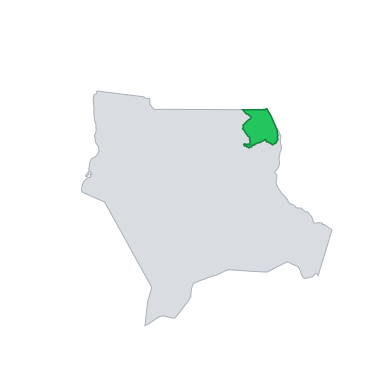 where Nyanza sits in Kenya, rotated 151°
{"feature_id": "KEN-1197", "entity_name": "Nyanza", "entity_type": "Province", "adm_level": 1, "iso_a3": "KEN", "parent_name": "Kenya", "parent_adm1": "", "projection": "albers", "projection_center": [34.762, -0.553], "detail": "fine", "context": "in_parent", "style": "filled", "palette": "green", "viewbox_px": 384, "rotation_deg": 151, "n_neighbors": 0, "source": "natural_earth", "source_scale": "10m", "svg_char_len": 5864}
<svg xmlns="http://www.w3.org/2000/svg" viewBox="0 0 384 384"><g transform="rotate(151 192 192)"><path d="M86.2,228.6L86.1,224.1L86.8,212.6L86.7,202.6L87.2,197.5L89.7,194.3L90.9,192.0L91.7,188.8L93.0,186.1L96.0,184.0L96.5,182.8L99.6,179.2L101.5,174.6L102.9,173.0L104.7,171.6L105.9,170.8L108.0,170.1L109.6,169.6L109.9,169.3L110.0,168.5L109.5,165.6L110.2,164.7L111.3,162.8L112.5,161.0L113.7,159.9L114.3,158.7L114.6,156.7L114.6,155.3L114.6,153.0L114.3,147.7L112.9,143.3L112.1,138.3L112.7,136.7L111.7,133.8L111.2,133.6L110.3,133.0L109.2,130.3L108.4,127.8L107.9,127.2L104.3,125.0L102.6,119.8L100.6,118.7L99.5,113.6L99.3,112.1L100.4,107.1L100.3,105.9L99.1,104.8L95.8,103.7L93.1,101.6L93.4,100.9L93.6,100.1L92.2,99.6L88.0,90.9L93.4,85.7L98.8,80.4L105.7,73.7L112.0,67.6L117.5,62.3L122.4,57.6L122.3,58.5L122.3,59.7L122.9,60.4L123.9,60.9L125.3,60.4L126.5,59.7L127.7,59.5L135.0,61.5L136.3,63.2L136.2,65.0L136.5,66.4L136.0,67.7L135.3,71.8L135.5,75.5L137.7,78.3L139.7,80.5L141.2,83.5L142.4,84.4L144.0,84.9L149.0,85.1L156.5,85.3L163.7,85.5L164.3,85.5L165.9,86.0L172.5,90.1L178.5,93.9L183.6,97.2L188.6,100.4L193.4,103.5L197.2,106.1L200.8,106.9L206.8,107.2L211.0,107.4L214.8,108.5L220.5,109.5L224.8,110.0L227.4,110.6L234.5,111.3L235.7,110.9L238.9,108.1L242.4,103.5L243.8,100.9L248.4,98.4L256.4,94.9L262.1,92.4L268.4,90.0L271.2,92.1L275.1,95.7L276.9,97.4L278.3,98.1L280.4,98.7L283.0,98.7L284.4,98.6L287.3,98.2L294.1,97.8L298.0,97.9L294.7,102.5L290.8,108.0L283.5,118.2L278.0,123.5L273.8,127.6L273.4,128.3L273.4,132.9L273.4,144.0L273.4,166.2L273.3,188.4L273.3,210.7L273.3,221.8L273.3,225.6L276.9,230.3L280.4,234.9L285.0,240.9L287.5,244.2L287.9,245.3L287.8,247.5L283.9,252.0L280.8,254.0L276.5,255.0L275.2,254.8L273.6,254.1L272.9,255.2L272.4,256.9L271.5,256.5L270.8,256.0L271.2,259.1L271.6,260.5L271.0,262.6L268.9,264.3L268.7,265.8L264.2,269.6L257.9,270.0L254.5,272.0L253.1,273.5L251.9,277.0L252.3,282.3L250.5,286.3L250.2,288.4L246.9,291.0L245.4,293.4L244.4,295.9L243.4,297.0L242.3,302.5L240.7,305.9L240.3,307.0L240.0,308.0L238.8,310.0L238.0,311.3L237.4,312.2L233.6,320.8L230.5,324.7L228.2,324.2L226.6,325.7L226.4,326.4L225.6,326.0L223.6,324.6L219.6,321.6L215.6,318.7L211.5,315.8L207.5,312.8L203.5,309.9L199.4,307.0L195.4,304.0L191.3,301.1L189.0,299.4L187.9,298.4L187.1,296.3L186.7,295.8L185.6,295.2L184.4,295.1L184.0,294.7L184.0,293.7L184.5,292.3L186.0,289.6L186.1,288.0L185.8,286.2L185.4,283.4L185.0,282.7L182.3,281.2L176.7,278.1L171.1,274.9L165.4,271.7L159.8,268.6L154.2,265.4L148.6,262.3L142.9,259.1L137.3,256.0L131.7,252.8L126.1,249.7L120.4,246.5L114.8,243.4L109.2,240.2L103.5,237.1L97.9,233.9L92.3,230.8L90.1,229.6L88.2,228.6L86.2,228.6ZM273.5,259.6L272.5,259.8L273.0,258.3L276.0,256.4L277.1,256.9L277.4,257.3L277.3,257.7L276.8,258.1L273.5,259.6Z" fill="#d9dde1" stroke="#a8b0b8" stroke-width="1"/><path d="M107.8,239.4L103.5,237.0L97.8,233.9L92.1,230.7L90.2,229.6L89.2,229.5L88.8,229.3L88.8,228.6L88.4,228.6L86.2,228.6L86.1,223.2L86.0,219.6L86.4,215.8L87.0,210.4L87.5,206.2L87.5,205.2L88.7,202.1L88.8,201.9L89.2,201.2L89.3,201.1L89.3,200.9L89.2,200.3L89.2,200.2L89.3,200.0L89.3,199.9L89.4,199.7L89.7,199.5L90.0,199.3L90.3,199.2L90.8,199.0L90.8,198.9L90.9,198.6L91.0,198.5L91.0,197.7L91.1,197.1L91.2,196.7L91.3,196.5L91.8,196.0L92.5,195.5L92.7,195.4L93.0,195.4L93.4,195.5L93.7,195.4L93.8,195.4L94.0,195.2L94.3,194.6L94.3,194.4L94.5,194.3L94.7,194.2L94.8,194.1L95.1,194.1L95.3,194.0L95.5,194.1L96.9,194.3L97.2,194.4L97.4,194.4L97.5,194.3L97.7,194.2L98.0,194.1L98.3,194.0L98.5,194.1L99.0,194.6L99.1,194.8L99.2,195.0L99.3,195.5L99.3,196.0L99.4,196.3L100.9,197.9L100.9,198.0L100.9,198.5L101.2,198.9L101.6,199.1L102.3,199.5L102.5,199.6L102.5,199.8L102.5,200.0L102.5,200.3L102.5,201.1L102.4,201.4L102.3,201.6L102.2,201.8L102.1,202.0L102.2,202.3L102.3,202.4L102.4,202.5L102.6,202.6L103.0,202.6L103.3,202.5L104.0,202.2L104.5,202.1L105.2,202.3L105.8,202.6L106.0,202.6L106.3,202.6L106.9,202.4L107.1,202.3L107.3,202.3L107.8,202.4L108.2,202.5L108.8,202.3L109.0,202.3L109.3,202.3L109.5,202.5L109.9,202.8L110.1,203.0L110.4,203.1L110.6,203.1L111.0,203.1L111.5,203.1L112.2,203.1L113.4,203.2L113.6,203.2L113.9,203.1L114.0,203.1L114.4,202.9L114.5,202.8L114.8,202.8L115.0,202.8L115.5,203.2L115.7,203.3L115.8,203.3L116.2,203.6L116.3,203.6L116.5,203.7L117.0,203.6L117.3,203.4L117.5,203.0L117.6,202.9L117.8,202.7L118.0,202.6L118.5,202.7L118.9,202.8L119.3,203.1L119.5,203.2L119.9,203.2L120.0,203.1L120.3,202.9L120.5,202.9L120.6,203.0L120.8,203.0L121.0,203.3L121.2,203.7L121.3,204.5L121.5,204.7L122.1,204.9L122.2,205.0L122.3,205.2L122.3,205.5L122.4,205.8L123.6,206.8L123.8,207.0L123.9,207.3L123.8,207.5L123.7,208.4L123.7,208.5L123.3,208.7L123.2,208.7L122.8,208.7L122.7,208.6L122.3,208.3L122.2,208.2L122.1,207.8L122.0,207.7L121.9,207.6L121.5,207.5L121.3,207.5L121.2,207.4L121.0,207.2L120.9,206.8L120.8,206.7L120.7,206.7L120.4,206.6L120.1,206.7L120.0,206.8L119.8,206.8L119.7,206.7L119.3,206.4L119.0,206.2L118.9,206.1L118.6,205.6L118.4,205.5L118.2,205.6L118.1,205.8L117.5,207.0L117.2,207.3L116.8,207.5L116.7,207.5L116.5,207.9L116.4,208.1L116.4,209.3L116.3,209.7L116.3,209.8L116.3,210.0L116.2,210.2L116.0,210.5L115.9,210.6L115.6,210.9L115.5,211.0L115.3,211.3L115.2,211.4L115.2,211.6L115.2,211.9L115.2,212.1L115.3,212.2L115.4,212.6L115.5,212.8L115.6,213.0L116.0,213.6L116.1,213.9L116.0,214.8L116.0,215.3L116.3,215.7L116.3,215.8L116.6,218.8L116.6,219.6L116.4,220.0L116.4,220.3L116.5,220.6L117.0,222.1L117.1,222.4L117.1,222.7L116.9,223.0L116.6,223.2L116.3,223.4L115.9,223.7L115.6,224.0L115.3,224.8L115.2,225.3L115.1,225.5L114.9,225.6L114.6,225.8L107.5,227.8L107.3,227.8L106.3,227.7L106.2,227.7L105.9,227.6L105.7,227.6L105.0,228.0L104.5,228.3L104.1,228.6L103.9,228.8L103.9,229.0L104.0,229.3L104.4,230.1L104.5,230.3L104.5,230.6L104.6,230.8L104.7,231.1L105.1,231.6L105.4,232.9L105.6,233.1L106.2,233.5L106.6,234.2L106.8,234.7L107.7,239.1L107.8,239.4Z" fill="#22c55e" stroke="#15803d" stroke-width="1.5"/></g></svg>